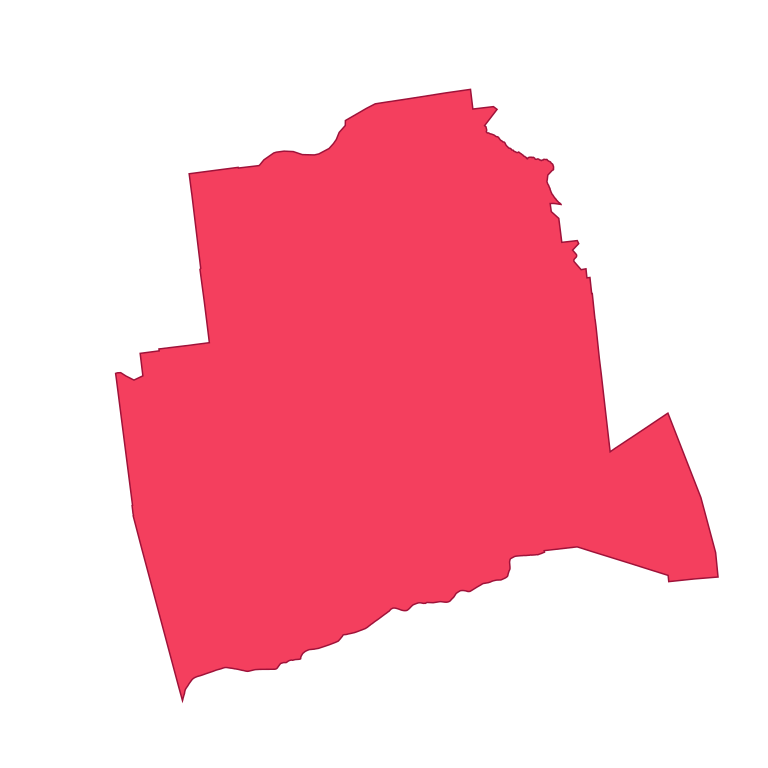 outline of Maroondah, Victoria, Australia, rotated 345°
{"feature_id": "25037944B31367314847764", "entity_name": "Maroondah", "entity_type": "district", "adm_level": 2, "iso_a3": "AUS", "parent_name": "Australia", "parent_adm1": "Victoria", "projection": "albers", "projection_center": [145.272, -37.803], "detail": "fine", "context": "isolated", "style": "filled", "palette": "rose", "viewbox_px": 768, "rotation_deg": 345, "n_neighbors": 0, "source": "geoboundaries", "source_scale": "gbopen_adm2", "svg_char_len": 6099}
<svg xmlns="http://www.w3.org/2000/svg" viewBox="0 0 768 768"><g transform="rotate(345 384 384)"><path d="M656.7,656.9L660.7,632.7L660.7,575.8L650.7,485.6L618.4,496.6L591.3,505.7L584.9,508.0L589.8,475.0L596.5,430.2L598.6,415.2L603.7,383.1L604.6,376.5L604.6,375.6L608.6,350.5L608.0,350.4L610.5,334.4L607.5,334.0L608.9,325.0L604.0,324.6L599.5,315.4L599.3,315.0L599.2,314.5L599.3,314.0L599.4,313.6L599.7,313.0L600.3,312.5L602.3,311.3L602.7,311.0L603.0,310.6L603.2,310.2L603.4,309.5L603.4,309.0L603.2,308.4L600.8,303.5L608.4,298.8L607.8,295.5L592.4,293.2L595.7,269.3L590.2,260.8L591.2,252.7L593.9,253.3L595.9,254.0L601.5,256.4L601.5,256.2L600.6,254.8L600.5,254.5L599.9,254.1L599.1,252.5L598.8,252.2L598.7,251.7L598.1,250.8L598.0,250.5L598.1,250.2L597.5,249.3L597.4,248.9L597.1,248.6L597.0,248.0L596.6,247.2L596.5,246.8L596.0,245.2L595.4,244.0L595.4,243.5L595.2,242.9L595.2,242.2L595.0,241.6L595.0,240.7L594.8,239.2L594.9,238.6L594.9,237.8L594.6,236.8L594.4,234.5L594.0,233.6L593.8,231.3L593.8,230.5L594.6,228.9L596.3,224.6L601.8,221.2L602.9,221.0L603.1,220.8L603.3,220.6L603.4,220.2L603.3,219.8L603.6,219.5L603.8,218.9L604.0,217.8L604.0,217.2L603.8,216.7L603.9,216.2L603.9,215.7L603.6,215.0L603.1,214.5L602.7,213.9L602.5,213.5L602.5,213.1L602.2,212.6L601.9,212.2L600.8,211.4L599.9,210.3L599.8,210.0L599.6,209.5L599.4,209.2L598.8,209.2L598.5,209.1L597.9,208.9L597.6,208.7L596.7,208.4L596.0,208.7L595.9,208.5L595.5,208.7L594.8,208.7L594.3,208.9L593.8,208.9L593.6,208.8L593.5,208.4L593.3,208.2L592.7,208.1L592.4,207.9L591.8,207.0L591.3,206.6L590.4,206.3L589.9,206.4L589.1,206.4L588.4,206.1L588.2,205.9L588.1,205.3L588.0,204.9L587.7,204.5L587.4,204.2L587.1,203.9L586.8,203.6L586.3,203.5L585.6,203.7L585.4,203.5L585.2,203.2L584.7,202.9L584.1,202.9L583.5,202.7L582.9,202.6L581.9,202.7L581.4,203.0L581.0,203.6L580.7,203.6L580.3,203.2L580.1,202.9L580.0,202.6L580.1,202.3L579.9,201.9L579.6,201.7L579.3,201.4L578.8,200.5L578.2,200.3L577.7,199.6L577.5,198.9L576.9,198.3L576.2,197.3L575.3,196.3L574.8,195.7L574.2,194.8L573.9,194.8L573.5,195.0L573.0,195.0L572.4,194.9L571.7,194.4L570.4,193.2L569.7,192.8L569.4,191.7L568.2,191.1L567.8,190.7L567.7,190.5L567.6,189.9L567.4,189.5L567.1,189.2L565.8,188.4L565.4,188.2L565.0,187.2L564.0,185.6L563.6,184.5L563.2,182.3L562.9,181.7L562.5,181.3L561.7,181.0L561.4,180.8L560.6,179.4L559.8,178.9L559.7,178.7L559.1,177.3L558.4,175.3L558.1,175.0L557.5,174.5L556.4,174.0L555.9,173.6L555.3,172.6L554.6,171.9L552.5,170.4L551.3,169.8L550.8,169.4L550.3,168.8L549.9,168.5L549.3,168.4L548.9,168.3L548.5,167.9L548.2,167.3L548.1,166.9L548.2,166.6L548.5,166.3L548.9,165.4L549.0,164.8L549.0,163.2L549.1,162.0L548.0,160.5L564.3,148.0L561.5,144.4L541.0,141.4L543.8,121.8L529.8,120.1L519.0,118.8L482.2,114.9L458.3,112.2L448.0,111.1L438.4,113.2L414.9,119.5L413.5,124.3L405.8,129.4L401.2,135.5L397.4,138.7L391.9,142.3L380.6,144.9L376.0,144.7L364.5,141.3L356.5,136.0L347.7,133.2L340.0,132.2L337.3,132.3L326.0,136.4L320.9,140.1L319.8,140.7L299.2,137.7L299.2,137.0L268.5,132.9L250.2,130.5L247.7,149.1L247.6,150.3L236.9,224.9L235.9,225.7L231.7,258.2L229.1,276.9L226.0,298.9L202.3,295.7L175.7,291.9L175.4,293.8L156.4,291.3L153.2,313.7L143.5,315.5L136.8,309.5L132.6,304.9L129.4,304.2L127.5,304.3L126.8,309.8L109.7,436.1L109.2,436.2L108.2,443.2L108.1,443.6L108.0,446.1L107.6,446.3L107.4,479.4L107.3,609.1L107.3,622.1L107.4,637.7L107.9,636.9L108.5,635.6L109.0,634.9L109.6,633.8L110.8,631.9L111.4,630.9L111.4,630.7L112.2,629.1L112.7,628.2L113.7,627.0L116.3,624.8L118.3,622.9L122.3,619.7L123.4,619.2L124.5,618.8L125.2,618.6L127.2,618.3L128.3,618.2L130.6,618.2L132.8,618.1L137.6,617.7L144.1,617.3L148.1,616.9L152.7,616.9L155.3,616.7L157.0,616.7L158.8,617.2L162.4,618.8L162.6,618.8L165.2,620.0L165.8,620.4L166.3,620.5L169.1,621.8L173.2,624.0L173.8,624.2L176.1,625.5L177.7,626.2L179.1,626.4L184.5,626.5L185.9,626.6L190.2,627.5L197.9,629.5L204.5,631.2L205.6,631.3L206.4,631.2L207.3,630.8L210.2,628.4L211.4,627.5L212.0,627.2L214.8,627.1L215.4,627.2L217.0,627.7L217.8,627.7L219.2,627.1L220.5,626.7L222.0,626.6L223.2,626.7L224.2,627.2L225.4,627.2L226.9,627.2L230.5,627.9L231.7,628.0L232.4,627.8L232.5,627.5L233.0,626.2L233.3,625.8L234.0,625.0L235.7,623.3L236.9,622.7L238.7,621.9L240.7,621.5L242.9,621.2L248.4,622.1L249.3,622.1L252.2,622.4L257.5,622.1L259.3,622.0L260.7,621.9L263.6,621.7L270.3,621.0L273.3,620.5L275.9,618.8L277.2,617.8L278.5,616.9L279.3,616.0L279.9,615.8L280.6,615.8L282.1,616.1L283.1,616.2L285.3,616.2L286.3,616.3L288.3,616.4L289.1,616.4L290.9,616.5L292.7,616.4L302.6,615.4L305.5,614.5L305.7,614.3L305.9,614.2L308.0,613.4L309.2,612.8L310.8,612.3L313.6,611.1L317.8,609.6L322.5,607.7L323.0,607.5L325.8,606.4L327.0,606.0L328.8,605.2L329.9,604.9L332.4,603.3L334.0,602.9L334.6,602.8L335.2,602.9L336.7,603.3L338.0,604.0L339.8,605.1L342.3,606.9L343.6,607.6L344.7,608.1L346.2,608.5L346.8,608.6L347.6,608.6L348.6,608.3L350.3,607.5L353.2,605.7L355.1,604.8L358.7,604.4L360.4,604.3L361.6,604.5L362.6,604.8L363.3,605.1L365.3,606.1L366.8,606.4L367.3,606.6L368.9,606.1L374.9,608.0L381.8,608.7L383.0,609.1L385.9,610.3L387.1,610.7L388.3,611.0L389.4,611.1L390.5,611.0L391.6,610.7L392.2,610.4L393.1,609.7L393.6,609.5L394.5,608.8L395.7,608.3L396.6,607.6L399.0,605.4L399.6,604.9L401.3,604.3L402.1,604.0L403.9,603.5L404.5,603.4L405.0,603.5L406.9,603.9L409.3,604.9L411.4,606.2L413.2,606.6L414.1,606.4L415.5,606.0L421.4,604.2L425.6,603.1L427.5,602.5L428.2,602.4L430.1,602.6L431.6,602.7L433.3,602.9L435.5,602.8L437.1,602.5L438.4,602.4L441.2,602.5L442.3,602.6L445.6,603.4L446.4,603.5L450.8,602.8L452.4,602.3L453.3,601.8L453.7,601.5L453.9,601.3L454.3,600.4L455.1,599.0L456.4,597.0L457.5,595.7L457.9,594.9L458.3,593.4L459.2,588.5L459.6,587.6L460.3,586.2L460.8,585.7L461.3,585.4L465.1,584.5L465.9,584.4L467.3,584.5L471.4,585.2L473.7,585.7L474.2,585.7L477.0,586.5L477.5,586.5L480.5,587.1L481.6,587.1L482.0,587.4L484.4,587.9L486.0,588.2L487.1,588.3L488.3,588.7L489.0,588.7L490.4,588.5L491.7,588.5L492.1,588.4L493.2,588.3L494.2,588.1L494.9,588.1L495.5,588.0L495.6,586.4L528.4,591.3L540.2,598.8L540.3,598.9L569.8,617.5L608.9,642.4L607.9,648.6L633.2,652.6L656.7,656.9Z" fill="#f43f5e" stroke="#9f1239" stroke-width="1.5"/></g></svg>